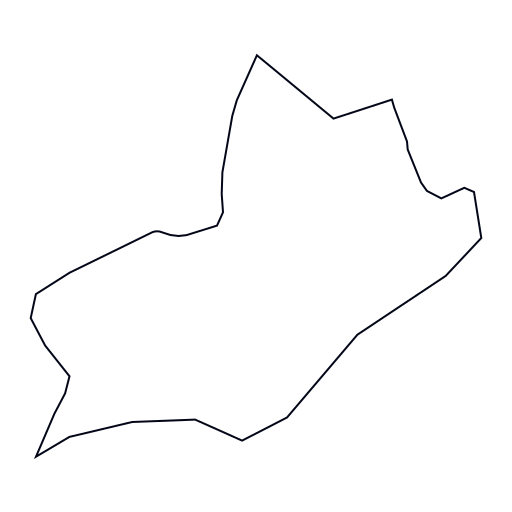 Genève, Albers equal-area conic projection
{"feature_id": "CHE-159", "entity_name": "Genève", "entity_type": "Canton", "adm_level": 1, "iso_a3": "CHE", "parent_name": "Switzerland", "parent_adm1": "", "projection": "albers", "projection_center": [6.105, 46.231], "detail": "fine", "context": "isolated", "style": "outline", "palette": "ink", "viewbox_px": 512, "rotation_deg": 0, "n_neighbors": 0, "source": "natural_earth", "source_scale": "10m", "svg_char_len": 619}
<svg xmlns="http://www.w3.org/2000/svg" viewBox="0 0 512 512"><path d="M178.6,236.0L186.6,235.1L217.0,225.6L223.0,212.3L221.7,193.9L222.4,172.3L232.3,115.8L236.8,100.3L256.9,55.3L270.4,66.4L333.5,118.6L391.9,99.6L394.2,107.6L407.0,141.5L407.7,149.5L421.0,182.5L426.9,190.9L441.3,198.4L464.3,187.8L474.0,192.0L481.3,238.0L445.7,275.9L357.4,334.7L287.0,417.5L242.1,440.6L195.1,419.6L132.1,422.0L69.4,436.9L36.0,456.7L54.5,413.5L65.1,393.4L69.5,376.3L45.1,345.5L30.7,318.1L35.9,294.1L69.6,272.7L152.4,232.2L154.7,231.5L157.0,231.3L159.5,231.5L170.4,235.0L178.6,236.0Z" fill="none" stroke="#020617" stroke-width="2"/></svg>